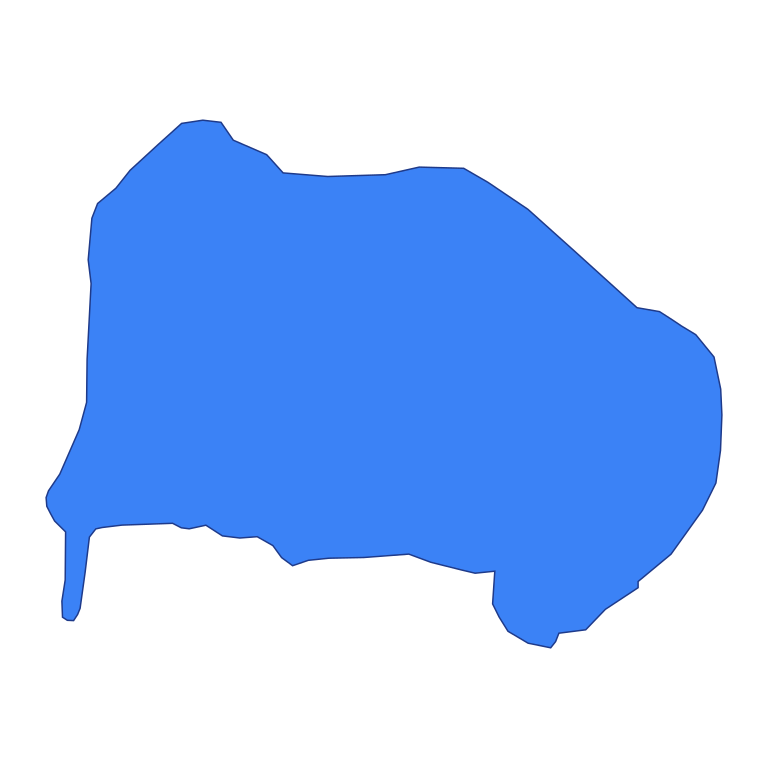 outline of Romanum, Federated States of Micronesia
{"feature_id": "79324940B2469111888954", "entity_name": "Romanum", "entity_type": "district", "adm_level": 2, "iso_a3": "FSM", "parent_name": "Federated States of Micronesia", "parent_adm1": "", "projection": "equal_earth", "projection_center": [151.668, 7.411], "detail": "fine", "context": "isolated", "style": "filled", "palette": "blue", "viewbox_px": 768, "rotation_deg": 0, "n_neighbors": 0, "source": "geoboundaries", "source_scale": "gbopen_adm2", "svg_char_len": 1116}
<svg xmlns="http://www.w3.org/2000/svg" viewBox="0 0 768 768"><path d="M257.2,536.7L272.9,545.6L281.6,557.6L292.6,565.7L308.4,560.3L329.0,558.2L363.8,557.5L408.8,554.1L430.9,562.3L461.6,570.0L475.1,573.2L494.8,571.2L492.6,603.9L499.1,617.0L508.0,631.3L528.1,643.2L550.7,647.8L555.6,641.6L558.9,633.2L585.7,629.8L605.4,609.3L638.1,587.7L638.1,581.5L671.0,554.2L702.5,510.2L715.9,483.0L720.5,450.4L721.9,415.0L720.7,389.1L714.0,357.0L695.8,334.7L681.3,325.9L673.3,320.5L659.5,311.6L637.0,307.7L575.7,252.2L527.9,209.3L487.9,182.3L463.7,168.3L419.2,167.1L385.4,174.7L327.7,176.5L283.1,172.9L266.7,154.7L233.3,140.2L221.0,122.3L202.8,120.2L181.6,123.4L158.5,144.2L130.1,170.3L115.9,188.2L97.6,203.5L91.9,218.2L88.2,259.8L91.1,283.6L87.1,359.2L86.6,402.4L79.2,429.7L59.8,474.1L48.5,490.8L46.1,497.6L46.8,506.3L50.7,513.9L54.6,521.0L65.6,531.9L65.2,580.0L61.9,601.1L62.5,617.2L67.3,620.3L73.6,620.6L77.6,614.5L80.1,608.3L85.1,572.5L89.4,537.1L95.8,528.9L102.1,527.5L122.0,525.1L172.6,523.3L181.3,527.8L189.2,528.8L205.9,525.2L222.4,535.9L239.8,538.0L257.2,536.7Z" fill="#3b82f6" stroke="#1e3a8a" stroke-width="1.5"/></svg>